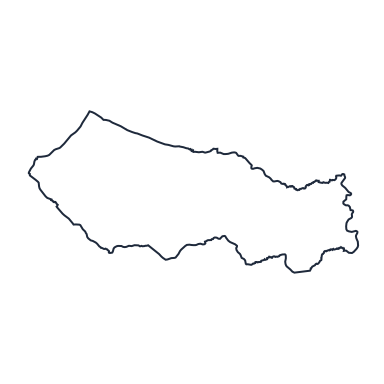 the district of Chom Phra, Surin, Thailand, rotated 174°
{"feature_id": "78962969B42359071454830", "entity_name": "Chom Phra", "entity_type": "district", "adm_level": 2, "iso_a3": "THA", "parent_name": "Thailand", "parent_adm1": "Surin", "projection": "albers", "projection_center": [103.521, 15.133], "detail": "fine", "context": "isolated", "style": "outline", "palette": "slate", "viewbox_px": 384, "rotation_deg": 174, "n_neighbors": 0, "source": "geoboundaries", "source_scale": "gbopen_adm2", "svg_char_len": 5957}
<svg xmlns="http://www.w3.org/2000/svg" viewBox="0 0 384 384"><g transform="rotate(174 192 192)"><path d="M313.2,172.0L311.0,171.9L307.4,171.3L306.5,170.7L304.5,166.4L302.3,163.8L301.9,162.4L301.2,161.2L300.9,158.3L300.1,156.8L297.8,154.5L295.8,153.7L293.0,151.8L291.7,150.4L289.8,147.5L288.6,146.6L288.5,146.1L286.9,145.5L285.8,144.7L285.1,144.5L283.8,144.7L283.0,143.9L282.3,143.8L281.7,142.8L280.9,142.2L280.7,141.1L281.0,140.7L280.7,140.1L279.3,139.9L277.6,140.1L276.9,141.2L275.8,144.0L274.8,145.0L272.7,145.9L271.4,146.1L267.9,145.7L266.2,144.6L264.6,144.2L263.0,144.3L260.4,145.1L257.6,144.5L254.7,145.1L250.8,144.5L249.4,143.4L247.8,143.7L246.9,143.2L244.6,143.2L244.2,143.4L242.4,143.3L241.2,143.6L231.2,133.7L229.2,131.0L227.8,129.5L225.3,127.4L223.3,127.5L219.5,128.4L216.5,128.3L215.2,128.5L211.9,131.8L210.1,134.5L208.8,135.8L204.4,139.0L202.7,139.9L200.2,139.9L197.4,139.2L194.5,138.8L193.2,138.9L191.1,139.6L189.1,139.7L186.6,138.7L184.9,138.8L184.1,139.5L184.3,141.3L182.6,141.7L181.8,142.3L180.9,142.4L177.9,142.2L177.4,143.0L176.0,143.0L175.3,144.0L174.0,144.4L172.2,144.0L170.6,142.8L169.1,142.5L166.4,144.8L164.2,144.9L163.5,144.5L162.9,143.0L161.0,139.8L159.3,138.2L154.6,135.5L152.9,133.8L153.0,132.9L153.9,131.6L153.8,129.7L152.7,127.4L150.8,125.4L150.3,124.3L149.5,121.3L147.4,120.0L146.3,118.4L146.0,115.0L145.5,114.4L144.0,114.3L140.8,113.4L140.2,113.5L138.9,114.4L138.1,114.2L137.8,114.6L136.5,114.7L136.2,115.7L134.7,115.6L134.0,115.1L133.1,115.4L132.6,115.3L130.8,115.3L130.7,115.5L130.7,115.9L130.2,116.4L127.2,116.9L126.8,117.5L126.2,116.9L124.3,117.3L124.2,118.5L122.6,118.7L122.1,119.6L121.5,119.5L121.1,119.0L120.0,118.9L119.8,118.3L119.2,118.2L118.7,119.1L117.2,119.5L116.3,119.2L116.1,118.8L115.7,118.7L114.8,118.9L113.5,118.6L113.1,118.9L111.9,119.1L111.6,119.7L111.0,120.0L108.7,120.4L106.1,120.3L105.5,119.6L105.4,118.8L105.6,116.2L106.6,112.9L106.5,110.5L106.1,109.1L105.6,108.1L102.4,104.8L100.5,102.3L98.6,101.1L82.9,101.4L81.8,103.1L82.0,103.4L81.9,103.7L81.3,103.8L80.2,105.2L77.4,106.3L76.7,107.2L75.8,107.7L75.1,107.3L74.3,107.4L72.9,108.6L71.8,110.2L70.6,110.7L70.2,111.9L70.4,112.8L70.1,113.0L69.4,115.8L68.8,116.6L68.3,116.6L68.0,117.1L67.2,117.6L67.0,118.6L66.3,119.3L65.6,119.3L64.9,119.0L64.6,119.4L63.9,119.3L62.5,119.9L61.5,119.6L61.3,119.9L60.4,119.8L60.2,120.2L60.3,120.4L60.0,120.5L59.3,120.3L58.4,120.4L58.2,119.9L57.4,120.5L57.2,120.1L56.9,120.2L56.4,119.9L53.6,120.4L53.5,120.6L53.0,120.2L52.5,120.5L52.2,120.3L52.0,120.7L51.6,120.6L51.2,121.1L50.1,121.1L49.6,121.6L49.4,121.4L49.5,120.9L47.9,120.7L47.8,120.1L46.8,120.0L46.8,118.4L47.1,117.6L45.7,117.7L44.7,117.5L42.4,115.2L39.3,114.6L37.5,115.5L34.5,118.1L33.1,119.7L32.4,121.4L32.3,125.3L33.4,128.8L33.6,131.0L33.3,131.8L31.8,134.1L31.7,135.2L32.3,135.8L33.1,136.2L37.3,135.6L40.2,136.5L41.8,137.4L42.4,138.9L42.3,141.7L41.6,144.9L40.8,146.2L39.1,148.3L36.3,149.5L35.6,150.2L35.4,150.9L35.4,153.2L34.8,154.2L33.9,155.1L33.7,155.9L33.8,156.4L34.1,156.9L36.2,157.4L36.6,160.6L37.6,162.0L38.5,162.5L40.2,162.6L41.7,163.6L42.5,164.4L42.7,165.0L42.4,166.6L39.4,168.6L38.9,171.7L38.6,172.6L37.5,172.7L35.3,172.2L34.3,172.7L33.9,173.4L34.2,174.3L36.3,175.7L39.2,180.1L41.8,182.7L42.4,183.8L42.6,184.6L42.3,185.5L38.3,189.9L38.2,190.8L38.8,192.9L38.7,193.5L39.4,194.0L40.6,194.1L42.1,192.6L43.9,193.1L46.8,193.1L47.1,192.6L47.0,191.0L47.8,189.7L49.0,188.9L51.0,189.3L51.6,188.9L53.0,189.6L53.5,189.7L54.1,187.8L54.7,187.7L55.5,186.7L56.6,187.1L58.6,187.2L60.4,188.0L61.1,187.4L62.6,187.7L65.0,188.6L64.8,189.9L67.1,190.1L67.1,190.5L67.6,190.5L69.2,189.2L69.9,189.3L70.3,189.1L70.6,188.5L71.1,188.7L72.1,188.3L72.5,187.6L74.4,187.6L74.5,186.8L75.4,186.4L75.7,186.5L75.8,187.0L77.1,186.9L78.4,185.6L78.4,184.5L79.3,183.7L80.3,183.7L80.5,184.1L81.2,184.3L82.3,184.1L83.1,183.7L84.2,183.8L84.8,183.3L85.0,182.9L85.9,183.1L86.6,182.7L87.3,182.9L87.9,183.4L88.0,183.9L88.6,183.8L88.8,184.4L89.8,184.7L90.0,186.1L90.4,186.4L90.7,186.5L91.1,187.1L91.6,187.5L92.3,187.5L92.5,187.1L92.9,187.3L93.5,187.1L93.9,187.6L96.0,186.8L96.7,187.1L97.0,186.9L97.2,187.9L98.3,189.0L98.2,189.5L98.7,190.3L99.4,190.5L99.7,190.3L100.2,190.7L101.1,190.6L102.3,191.1L103.0,192.5L104.8,193.7L106.0,194.1L109.2,193.9L110.2,194.1L111.6,195.7L112.4,197.1L113.8,198.6L116.9,200.5L117.9,202.5L118.6,205.3L119.8,206.7L121.6,208.2L124.6,209.2L127.6,209.0L128.3,208.7L129.8,208.8L130.3,209.2L130.5,209.7L130.3,210.9L129.8,212.1L129.9,212.5L131.8,214.8L135.0,219.4L135.6,220.2L137.4,221.0L137.3,221.8L140.0,222.9L142.0,223.1L142.4,223.5L144.0,226.3L144.5,226.6L145.9,227.0L148.2,227.0L151.9,226.2L154.1,226.2L156.5,226.4L159.8,228.2L162.4,228.3L162.6,229.9L162.3,232.3L163.9,232.3L166.2,232.8L167.0,232.1L168.7,231.4L168.9,230.9L170.3,230.4L174.3,229.8L174.9,229.8L177.4,230.9L181.0,230.8L184.8,231.7L186.5,231.7L186.7,232.1L186.6,233.2L187.9,232.9L187.9,234.1L188.1,234.1L188.6,233.8L189.1,234.9L190.0,234.6L191.1,235.6L193.2,236.2L195.8,237.4L199.7,238.6L199.9,238.8L204.0,239.0L205.7,239.4L210.5,241.3L213.9,242.2L221.3,245.8L229.1,250.6L235.4,253.4L240.2,255.9L242.2,256.5L245.3,257.9L249.9,260.3L255.9,264.8L263.9,269.3L266.7,271.5L270.2,272.7L272.5,273.0L274.5,275.5L280.4,280.3L282.8,281.8L285.5,282.9L287.7,279.7L293.7,272.3L296.0,268.8L299.9,265.0L301.8,263.5L306.4,260.9L314.0,253.5L318.4,250.0L319.5,249.5L322.9,248.8L324.6,248.2L330.1,243.8L331.8,243.2L334.3,242.9L338.5,242.8L341.8,243.1L342.7,241.1L343.6,241.5L344.2,240.4L344.6,240.4L345.5,238.9L346.3,236.1L346.9,235.0L349.8,232.1L352.2,228.5L352.3,227.6L351.4,227.0L351.5,225.4L346.1,220.3L344.0,218.1L343.5,217.2L343.5,213.5L343.2,211.5L342.4,209.9L338.1,203.0L336.5,201.2L332.6,199.3L332.9,198.6L332.0,198.3L331.8,197.8L331.3,197.6L331.2,197.1L330.8,196.8L330.7,196.5L330.3,196.3L329.7,196.6L328.9,196.4L328.9,195.9L328.2,195.3L327.8,194.3L326.9,193.3L327.3,192.8L327.3,192.4L328.2,191.6L327.6,190.6L323.0,184.0L321.3,182.1L317.3,178.4L313.9,173.3L313.2,172.0Z" fill="none" stroke="#1e293b" stroke-width="2"/></g></svg>